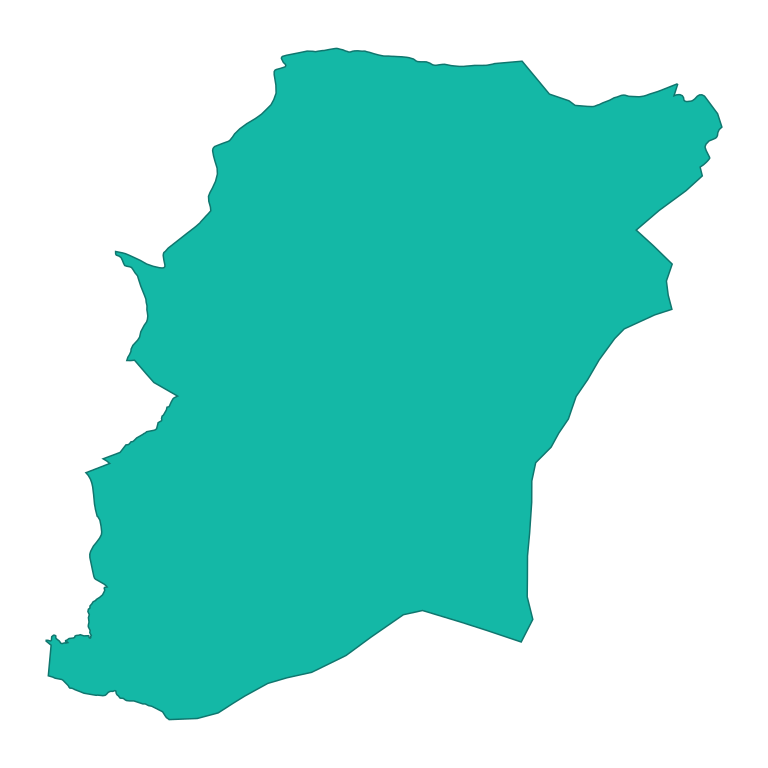 outline of Abuakwa North, Eastern, Ghana, rotated 270°
{"feature_id": "2480657B42374646075926", "entity_name": "Abuakwa North", "entity_type": "district", "adm_level": 2, "iso_a3": "GHA", "parent_name": "Ghana", "parent_adm1": "Eastern", "projection": "equal_earth", "projection_center": [-0.382, 6.235], "detail": "fine", "context": "isolated", "style": "filled", "palette": "teal", "viewbox_px": 768, "rotation_deg": 270, "n_neighbors": 0, "source": "geoboundaries", "source_scale": "gbopen_adm2", "svg_char_len": 5975}
<svg xmlns="http://www.w3.org/2000/svg" viewBox="0 0 768 768"><g transform="rotate(270 384 384)"><path d="M516.5,115.6L514.9,115.6L514.0,115.7L512.9,116.3L511.9,119.0L510.5,121.0L507.9,122.3L504.6,123.6L502.5,124.7L501.8,126.6L501.2,129.8L500.5,131.5L498.3,133.1L495.1,135.1L492.2,137.5L488.6,138.6L481.8,140.8L472.1,144.7L468.8,145.9L465.7,146.2L463.5,146.7L462.2,147.0L458.1,146.9L455.9,147.3L452.0,147.8L448.6,147.4L446.1,146.6L442.7,144.2L436.3,140.8L430.9,139.6L427.9,137.7L422.7,132.9L418.9,131.1L416.5,130.9L413.4,129.5L410.8,127.9L407.5,126.8L407.4,130.7L407.8,134.5L394.1,146.3L385.5,153.9L371.9,177.6L370.1,174.0L369.2,173.0L366.0,171.2L361.9,169.4L361.2,168.8L360.8,167.0L358.1,166.4L352.9,163.4L351.9,162.1L349.4,161.5L348.1,161.8L347.2,161.4L345.3,158.1L344.3,157.9L339.3,156.6L338.4,155.6L337.8,154.4L336.3,146.7L335.0,145.2L334.5,144.0L333.7,143.0L330.1,136.7L327.1,133.7L326.4,132.7L326.2,131.0L324.1,129.3L323.4,128.3L323.1,125.9L315.6,120.1L309.2,103.1L306.9,106.9L304.5,109.7L295.3,85.9L292.7,88.2L291.0,89.2L288.7,90.5L285.0,91.8L281.0,92.7L275.0,93.4L273.5,93.6L263.9,94.5L260.2,95.2L258.8,95.4L253.2,96.8L251.7,97.2L251.4,97.8L250.5,98.3L249.4,99.0L247.8,99.9L242.1,101.0L240.6,101.2L236.0,101.7L233.4,101.4L230.0,99.7L225.2,96.1L221.9,93.4L217.2,90.9L215.9,90.4L213.7,89.8L210.4,89.9L199.3,92.2L198.3,92.4L191.8,93.8L189.9,94.5L188.8,95.5L187.3,98.2L183.9,104.1L182.3,106.1L181.0,107.1L180.5,104.5L179.8,104.2L179.1,104.4L178.6,104.5L177.9,104.8L177.5,104.7L176.0,104.0L173.1,102.5L170.6,99.6L168.5,96.2L167.6,95.8L166.2,93.1L164.1,91.8L162.1,90.0L159.9,89.9L158.8,88.4L156.4,87.9L153.3,89.3L150.4,88.4L145.9,89.0L142.8,88.3L141.2,88.3L137.6,90.1L135.3,89.8L132.5,91.3L131.7,90.7L130.3,90.7L129.9,90.3L130.0,89.8L130.3,89.2L132.3,88.7L132.1,83.9L133.3,80.3L132.8,78.9L132.5,76.1L131.9,75.0L130.6,74.6L130.0,73.4L129.5,69.1L127.9,66.9L127.4,65.6L126.6,65.6L126.0,66.0L126.0,67.5L125.4,67.9L124.9,65.6L125.1,64.5L124.4,62.1L124.7,60.9L127.0,59.3L129.4,56.2L130.3,55.8L132.1,55.8L132.8,54.7L132.8,53.5L131.3,51.7L127.8,51.4L127.2,50.8L127.0,50.2L127.7,48.0L127.7,46.2L126.9,46.1L122.8,51.1L118.2,50.7L92.2,48.3L90.9,52.8L89.8,55.1L88.5,61.8L87.8,62.9L82.4,68.2L80.7,69.1L79.9,69.9L79.8,71.7L79.4,72.9L78.4,74.8L77.3,77.6L76.2,80.5L75.7,81.7L74.8,83.9L73.3,92.5L72.7,96.2L72.9,97.5L72.4,102.3L72.3,102.7L72.4,103.5L72.7,105.2L73.6,106.4L75.6,108.2L76.5,109.9L76.7,111.4L76.6,112.7L77.4,114.9L77.0,115.8L74.4,116.3L73.0,117.2L72.3,118.2L69.9,120.1L69.6,123.3L68.0,125.4L67.4,126.7L67.1,129.6L67.1,133.8L64.1,142.8L64.1,145.2L63.6,146.2L62.4,148.5L61.8,151.6L56.9,161.3L56.2,162.6L52.1,165.2L50.4,166.4L48.7,168.9L48.4,169.1L49.5,197.2L55.1,218.2L64.9,233.4L72.0,244.9L84.6,267.8L90.2,286.9L95.7,311.7L112.5,346.0L130.8,370.9L153.3,403.4L157.5,422.5L146.0,460.5L137.5,487.0L126.0,521.2L148.6,532.8L171.2,527.2L189.6,527.4L212.1,527.5L234.7,529.6L265.8,531.7L287.0,531.8L305.3,535.7L320.8,551.1L334.9,558.8L349.0,568.4L359.9,572.1L371.5,576.1L388.4,587.7L408.2,599.2L429.3,614.6L439.1,624.2L453.1,654.7L458.7,671.9L472.9,668.2L487.0,666.4L503.9,672.2L522.3,653.3L537.9,636.2L557.6,659.2L577.3,686.0L592.1,702.3L600.9,700.1L603.2,703.5L605.9,706.5L607.4,707.9L609.0,709.2L609.8,709.7L610.6,709.6L617.4,706.2L620.6,705.1L621.4,705.1L623.8,706.0L627.1,709.1L628.1,711.6L629.6,715.1L630.5,716.4L631.9,717.2L632.7,717.5L635.3,717.8L638.4,719.2L640.9,721.9L654.3,717.6L657.1,715.5L671.5,704.8L672.0,704.3L673.2,701.9L673.1,699.5L671.8,697.3L669.0,694.7L668.2,693.6L667.4,692.5L666.9,691.2L666.4,686.7L666.8,685.1L667.7,684.0L670.5,683.5L672.3,682.3L673.3,680.1L673.4,678.9L673.1,676.4L672.2,674.0L683.5,677.6L684.0,676.9L676.6,658.2L675.2,653.8L673.9,649.6L672.7,646.5L671.9,643.8L671.5,641.3L671.2,639.1L671.7,628.8L672.1,627.4L672.8,625.1L672.9,623.4L672.6,621.3L671.0,617.1L670.6,615.6L670.2,614.1L667.8,609.7L665.1,602.7L663.3,599.0L663.1,598.0L661.6,594.2L661.4,592.3L661.6,587.3L662.6,575.1L667.2,569.0L673.9,549.4L687.9,537.8L706.8,522.1L704.4,494.5L703.9,492.9L703.3,489.8L702.7,486.7L702.6,482.5L702.6,478.7L702.6,474.6L702.2,470.6L701.9,466.5L701.6,463.9L701.6,461.5L701.6,459.2L701.8,457.0L702.1,453.8L702.4,451.1L703.2,447.2L703.7,444.6L703.6,442.3L703.2,439.2L702.7,436.1L702.7,434.9L703.1,433.0L703.6,431.9L704.8,430.0L705.5,428.1L706.1,426.4L706.2,424.3L706.2,420.6L706.4,417.6L707.2,415.8L708.3,414.5L709.1,413.2L709.6,411.4L710.3,409.1L710.7,406.7L711.2,401.8L711.4,397.5L711.6,394.2L711.7,391.1L711.9,388.9L711.9,387.1L711.9,385.2L712.0,383.6L712.1,383.0L713.0,378.6L714.3,373.8L715.6,369.7L716.3,366.6L716.8,365.3L716.9,364.1L716.8,362.1L717.2,357.8L717.1,354.7L716.8,352.7L716.3,351.1L716.0,350.3L716.0,348.6L716.5,347.5L717.0,345.6L718.2,342.8L718.7,340.4L719.3,338.3L719.6,336.9L719.5,335.2L718.5,329.2L717.5,324.2L717.4,322.2L717.1,320.3L716.8,318.1L716.3,315.5L716.7,312.9L716.8,309.8L716.9,307.1L715.2,299.0L714.5,295.4L712.7,286.4L711.6,282.5L710.7,281.6L709.5,281.4L705.5,283.4L703.6,285.4L702.5,285.8L701.4,285.3L701.1,284.9L700.9,284.4L699.6,280.4L698.5,276.3L697.8,275.0L696.4,274.2L693.3,274.2L687.8,275.1L682.9,275.9L674.8,276.1L671.8,275.0L668.4,273.8L663.2,271.0L660.8,268.6L658.7,266.5L653.8,261.5L649.4,255.3L644.4,246.9L640.8,242.0L639.3,239.9L634.1,234.6L630.6,232.3L630.1,231.8L628.8,230.8L627.5,229.7L626.6,228.2L625.8,225.9L624.6,222.6L623.4,219.5L622.3,216.7L621.9,215.8L621.6,214.9L620.5,213.7L619.4,213.0L617.3,212.6L612.3,213.5L607.4,214.8L599.9,217.1L593.9,217.4L592.8,217.1L586.6,215.5L584.5,214.5L580.1,212.5L575.5,210.0L571.7,208.5L566.7,208.8L561.0,210.4L557.2,210.8L553.6,207.6L552.7,206.7L552.1,206.1L549.4,203.7L546.5,201.0L545.5,200.2L545.1,200.0L544.2,198.9L541.9,196.3L539.9,193.8L538.7,192.2L537.2,190.3L534.6,186.9L519.9,168.2L516.6,165.3L515.5,163.9L514.1,163.4L512.5,163.2L508.3,163.8L503.0,164.9L501.4,164.9L500.3,163.9L500.0,162.1L500.3,159.3L501.7,153.2L504.0,146.6L507.5,140.5L510.5,134.1L512.7,129.3L514.3,125.5L515.1,122.6L516.5,115.6Z" fill="#14b8a6" stroke="#0f766e" stroke-width="1.5"/></g></svg>